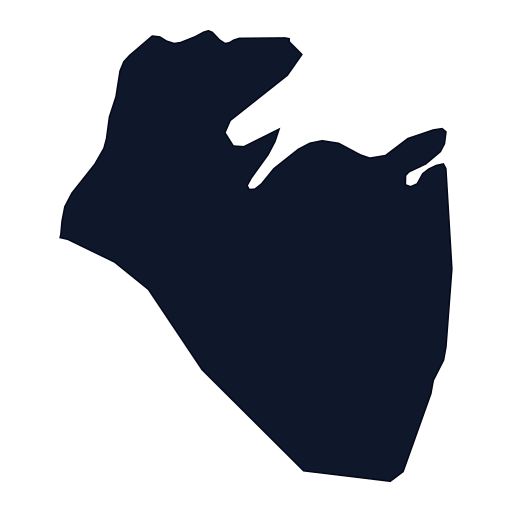 the border of Corozal
{"feature_id": "BLZ-1325", "entity_name": "Corozal", "entity_type": "District", "adm_level": 1, "iso_a3": "BLZ", "parent_name": "Belize", "parent_adm1": "", "projection": "robinson", "projection_center": [-88.323, 18.225], "detail": "fine", "context": "isolated", "style": "filled", "palette": "ink", "viewbox_px": 512, "rotation_deg": 0, "n_neighbors": 0, "source": "natural_earth", "source_scale": "10m", "svg_char_len": 1097}
<svg xmlns="http://www.w3.org/2000/svg" viewBox="0 0 512 512"><path d="M208.4,30.7L212.3,32.3L219.4,39.8L225.0,43.5L229.4,42.7L233.7,40.1L239.3,38.3L285.0,37.9L289.2,38.7L289.2,41.7L301.9,54.5L287.4,75.2L230.2,120.5L224.9,132.7L233.3,146.0L243.8,146.7L279.1,129.1L275.0,141.5L268.1,154.6L251.2,178.1L247.1,185.6L249.2,189.5L254.9,189.1L261.5,183.9L273.9,168.6L298.4,149.2L309.9,143.2L322.2,140.7L338.7,143.3L360.2,154.8L369.8,158.1L385.5,155.5L407.9,138.5L433.4,129.9L442.1,128.6L446.0,131.8L444.5,143.7L440.4,151.6L425.8,163.9L408.9,171.9L405.6,175.5L405.4,184.8L410.7,186.7L417.2,183.8L422.7,173.7L428.8,169.0L436.3,165.4L443.4,163.9L445.9,168.6L451.9,268.9L446.0,346.8L443.6,360.1L433.3,380.4L430.9,393.7L403.1,471.6L390.5,481.1L390.4,481.3L303.6,470.8L202.1,369.7L148.4,289.4L114.6,262.1L67.6,239.3L60.1,237.6L60.8,234.6L62.0,221.2L64.8,206.7L71.9,193.1L94.8,164.2L103.9,148.3L106.5,138.6L109.4,117.0L116.0,96.6L120.0,71.0L123.8,61.8L129.5,55.5L152.3,36.0L159.8,36.9L166.6,41.1L174.2,43.5L180.7,42.5L195.4,36.6L203.5,32.2L208.4,30.7Z" fill="#0f172a" stroke="#020617" stroke-width="1.5"/></svg>